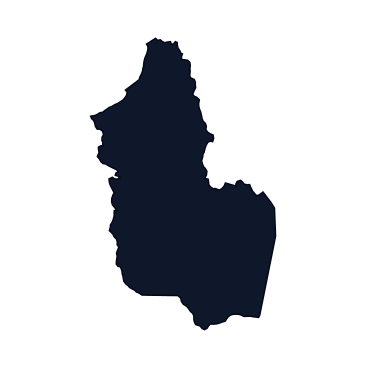 outline of Timbó Grande, Santa Catarina, Brazil, rotated 215°
{"feature_id": "56859067B65856130314873", "entity_name": "Timbó Grande", "entity_type": "district", "adm_level": 2, "iso_a3": "BRA", "parent_name": "Brazil", "parent_adm1": "Santa Catarina", "projection": "robinson", "projection_center": [-50.629, -26.64], "detail": "fine", "context": "isolated", "style": "filled", "palette": "ink", "viewbox_px": 384, "rotation_deg": 215, "n_neighbors": 0, "source": "geoboundaries", "source_scale": "gbopen_adm2", "svg_char_len": 3086}
<svg xmlns="http://www.w3.org/2000/svg" viewBox="0 0 384 384"><g transform="rotate(215 192 192)"><path d="M289.8,166.7L287.0,166.1L284.2,164.6L281.1,164.3L278.7,165.5L275.4,165.6L272.3,166.1L270.1,166.4L268.2,166.7L266.0,167.0L264.1,166.0L265.2,163.8L264.4,161.6L262.0,162.5L259.2,162.3L260.8,159.4L263.2,158.4L265.7,158.4L267.5,155.1L265.8,153.1L264.3,151.7L262.0,150.2L260.0,149.2L258.0,148.1L255.4,146.8L255.0,144.1L254.0,140.6L252.1,137.7L249.5,135.7L245.7,134.7L243.2,133.7L245.0,132.3L243.9,130.3L242.0,127.7L240.8,124.4L240.1,122.1L239.9,118.3L238.5,115.9L237.5,112.9L234.7,112.6L232.3,112.0L230.1,110.7L226.6,110.0L224.2,107.8L223.0,105.8L220.3,104.9L219.5,101.2L218.6,98.4L216.5,96.6L214.6,92.7L212.7,89.5L210.0,88.7L207.5,89.6L204.1,87.1L202.3,85.0L200.2,83.4L198.2,81.3L196.5,79.7L193.6,78.8L190.6,78.6L188.4,78.0L185.4,78.3L182.7,78.7L180.3,78.2L177.0,78.9L173.9,78.9L167.2,83.4L144.1,99.1L140.4,98.6L137.7,96.2L134.7,95.1L130.6,95.3L128.2,94.6L124.7,93.3L121.9,93.0L119.4,91.6L117.5,88.9L115.8,87.1L113.0,85.5L108.5,86.9L105.4,86.0L102.7,86.5L101.5,89.1L101.7,91.8L101.3,94.4L98.6,96.1L96.3,98.0L94.6,100.0L92.8,102.7L90.7,105.2L90.9,107.7L90.8,110.2L90.2,112.7L88.8,114.7L86.7,116.6L84.4,118.1L82.4,119.1L80.4,119.5L78.2,119.8L75.4,121.9L72.9,123.8L70.1,125.0L67.4,126.5L65.5,127.5L65.9,130.0L98.2,203.7L115.2,226.1L121.3,228.7L133.8,232.7L134.8,229.7L135.7,227.2L137.7,226.0L140.2,226.8L142.9,227.4L144.9,228.6L146.8,229.6L149.1,231.1L151.0,229.4L154.0,228.4L156.8,229.3L159.0,229.4L161.0,226.6L160.7,223.9L159.5,222.1L169.8,218.5L169.1,215.6L169.4,212.1L170.6,209.4L172.5,208.7L174.6,208.4L176.8,206.7L179.8,206.9L182.3,207.5L184.4,210.0L186.2,211.8L189.3,210.3L189.9,214.2L191.8,217.6L194.7,218.9L196.9,219.3L199.3,220.8L202.0,223.0L203.3,226.8L204.7,229.2L204.9,231.5L206.2,234.8L207.2,238.1L207.6,241.6L206.2,244.3L204.0,245.0L204.9,248.2L207.5,250.8L210.6,250.1L213.8,250.0L216.6,251.2L217.9,254.0L220.3,255.8L223.3,256.3L225.9,257.9L228.5,260.5L231.3,262.9L233.5,264.2L235.2,265.7L237.2,268.0L238.9,271.8L242.5,272.3L244.9,271.7L247.6,272.5L248.4,276.3L248.9,279.6L250.7,281.6L252.2,283.8L254.5,285.4L256.9,285.1L258.9,284.7L260.9,286.4L262.5,289.4L264.4,291.8L266.0,294.6L268.1,296.9L271.1,297.4L274.2,295.9L276.3,294.6L278.1,296.5L279.1,299.7L281.0,299.3L282.7,300.6L286.1,301.9L288.3,303.9L289.9,306.0L291.9,305.6L292.0,302.9L293.7,301.1L295.8,302.8L297.9,301.0L300.1,298.6L303.0,298.2L305.3,298.5L307.1,296.5L310.0,297.0L314.1,287.0L311.5,285.9L309.7,283.1L308.3,279.1L307.5,275.1L306.5,272.2L305.2,269.6L303.8,267.2L303.0,264.9L301.9,262.8L301.0,259.2L300.6,256.1L299.7,253.7L305.0,237.3L302.2,236.5L301.1,233.6L301.0,230.3L301.4,227.3L302.7,224.3L303.6,221.8L305.3,219.4L306.5,216.5L308.3,213.9L309.2,211.2L310.2,208.5L310.8,206.2L312.9,204.1L314.0,201.5L315.2,199.3L316.7,197.7L318.5,196.0L316.3,194.5L314.0,194.3L311.4,192.9L308.7,190.3L305.7,189.1L303.7,190.6L300.2,190.6L297.3,188.2L297.1,185.4L295.5,182.7L293.6,181.6L291.7,178.8L293.3,177.4L294.4,175.1L293.0,173.2L290.8,171.1L289.8,166.7Z" fill="#0f172a" stroke="#020617" stroke-width="1.5"/></g></svg>